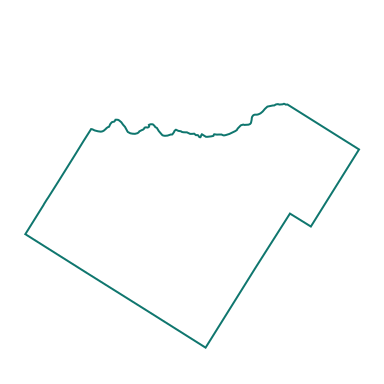 Pine, Minnesota, United States of America (Equal Earth projection), rotated 212°
{"feature_id": "52423323B91904630437676", "entity_name": "Pine", "entity_type": "district", "adm_level": 2, "iso_a3": "USA", "parent_name": "United States of America", "parent_adm1": "Minnesota", "projection": "equal_earth", "projection_center": [-92.564, 46.075], "detail": "fine", "context": "isolated", "style": "outline", "palette": "teal", "viewbox_px": 384, "rotation_deg": 212, "n_neighbors": 0, "source": "geoboundaries", "source_scale": "gbopen_adm2", "svg_char_len": 2039}
<svg xmlns="http://www.w3.org/2000/svg" viewBox="0 0 384 384"><g transform="rotate(212 192 192)"><path d="M98.0,67.2L98.0,161.6L97.5,225.6L72.9,225.7L72.9,316.6L157.4,316.8L158.8,315.8L160.3,315.7L160.8,315.5L161.6,314.4L164.3,312.4L165.3,312.2L166.2,311.7L167.4,310.5L167.8,309.6L168.2,308.9L169.3,308.2L173.3,304.4L174.2,301.2L174.7,297.7L175.6,295.0L176.8,293.1L177.8,292.1L179.7,290.9L180.5,289.9L180.8,289.0L180.8,287.3L180.2,285.8L179.7,284.9L178.8,282.4L178.6,281.5L178.8,280.4L179.7,279.1L180.4,278.6L183.2,276.6L184.3,276.3L185.8,274.6L186.0,274.1L186.9,269.9L186.8,268.4L187.5,266.7L191.1,261.0L193.6,258.1L194.9,256.9L196.2,256.5L197.4,256.4L201.6,253.7L203.6,252.8L203.9,252.4L203.6,251.1L203.8,250.7L205.4,249.2L208.4,246.8L209.4,246.2L214.2,246.2L214.3,245.7L213.9,243.3L213.9,242.9L214.2,242.7L214.9,242.5L216.9,243.3L217.4,243.2L218.8,242.3L221.1,242.6L222.1,241.8L222.8,241.3L224.4,240.3L227.9,239.9L230.6,238.3L232.2,237.6L233.6,237.6L236.0,236.6L238.6,236.3L238.8,236.1L239.2,234.4L239.0,233.0L239.2,230.4L239.6,230.0L240.4,229.6L242.6,226.9L244.6,225.4L245.6,224.9L247.0,224.5L247.7,224.6L252.5,226.1L255.7,227.7L257.5,227.6L258.9,228.2L260.8,228.6L261.8,228.3L263.1,227.4L264.0,226.3L264.1,226.0L263.4,225.5L263.2,225.2L263.1,224.2L263.7,223.2L265.4,222.4L266.3,221.4L266.2,220.2L266.4,219.6L266.7,218.7L267.3,218.0L268.8,215.5L268.8,214.5L269.4,213.0L271.2,211.1L273.2,210.0L275.4,209.1L278.2,208.9L278.9,209.2L283.3,211.7L286.3,212.6L288.9,213.7L291.8,214.1L293.0,214.0L294.7,213.1L295.2,212.7L295.1,211.9L295.2,210.9L295.4,210.3L296.2,209.6L296.8,208.9L297.0,208.5L297.3,206.3L297.0,204.0L297.0,203.2L297.7,202.4L298.4,200.7L298.5,199.9L299.3,197.3L300.0,196.1L300.9,195.2L301.4,194.8L303.8,193.7L307.3,192.6L309.6,192.4L310.9,191.9L310.9,190.4L311.0,177.6L310.9,161.8L310.9,158.4L310.9,153.6L310.9,137.5L310.9,130.5L311.0,112.0L311.0,111.0L311.1,108.7L311.1,107.7L311.1,105.3L311.1,105.0L311.1,103.3L311.0,102.3L311.0,67.9L238.3,67.6L168.4,67.5L98.0,67.2Z" fill="none" stroke="#0f766e" stroke-width="2"/></g></svg>